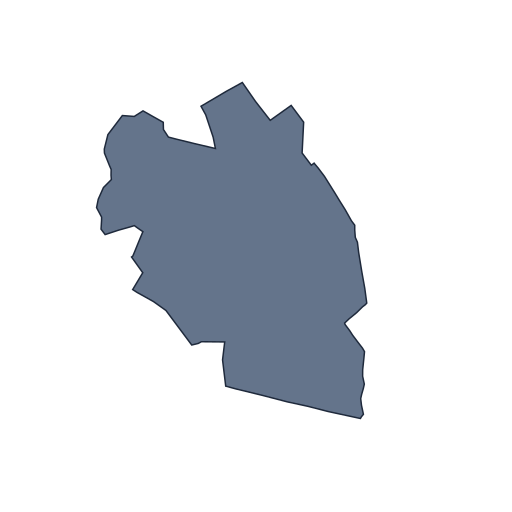 outline of Al-Mahaweel, Babil, Iraq, rotated 53°
{"feature_id": "34846034B9794416366933", "entity_name": "Al-Mahaweel", "entity_type": "district", "adm_level": 2, "iso_a3": "IRQ", "parent_name": "Iraq", "parent_adm1": "Babil", "projection": "albers", "projection_center": [44.636, 32.675], "detail": "fine", "context": "isolated", "style": "filled", "palette": "slate", "viewbox_px": 512, "rotation_deg": 53, "n_neighbors": 0, "source": "geoboundaries", "source_scale": "gbopen_adm2", "svg_char_len": 1394}
<svg xmlns="http://www.w3.org/2000/svg" viewBox="0 0 512 512"><g transform="rotate(53 256 256)"><path d="M448.6,270.4L447.8,268.5L447.1,265.5L438.7,261.6L432.9,258.2L430.0,254.8L426.4,250.0L423.5,246.6L416.2,243.2L411.1,239.3L402.4,231.2L397.7,226.9L393.7,226.4L385.7,226.5L377.4,226.5L372.0,226.1L364.4,226.1L362.9,225.6L362.2,219.6L361.8,209.7L360.7,201.5L360.7,198.1L360.3,195.9L347.3,188.6L332.1,180.9L315.0,171.9L306.0,166.7L300.9,165.5L294.8,161.6L290.8,158.6L285.4,158.6L272.7,156.9L262.2,156.0L253.2,155.1L233.6,153.4L226.4,153.4L223.1,153.4L217.8,153.7L216.8,153.7L216.8,157.2L201.5,157.2L177.8,137.4L156.9,137.3L156.2,163.0L132.3,163.4L109.2,162.5L106.6,180.6L103.3,209.8L113.0,211.2L135.3,218.7L145.7,223.7L144.8,224.5L129.3,237.4L115.1,249.0L108.3,254.4L99.3,253.8L93.4,249.6L82.5,254.4L72.1,258.9L71.3,268.7L71.3,269.2L63.4,278.2L69.9,301.2L79.3,312.8L82.6,315.1L95.9,318.7L99.7,319.6L104.3,323.2L107.9,325.5L109.5,336.6L115.7,347.8L121.4,354.2L132.0,355.9L134.5,357.8L141.3,363.6L148.1,363.6L152.7,350.1L157.1,338.8L158.5,334.9L162.4,333.7L168.5,331.7L174.2,341.4L179.4,350.1L181.9,354.4L181.9,356.0L201.2,356.5L208.6,374.7L213.5,372.9L230.7,365.3L245.3,360.7L288.4,360.9L291.1,354.7L291.6,351.2L305.8,332.7L318.8,345.2L341.7,358.5L350.1,352.0L371.1,334.8L391.3,318.8L407.3,305.0L423.6,292.0L447.1,271.7L448.6,270.4Z" fill="#64748b" stroke="#1e293b" stroke-width="1.5"/></g></svg>